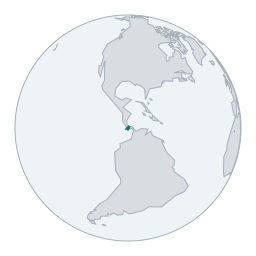 the Earth from above Veraguas, rotated 29°
{"feature_id": "PAN-1341", "entity_name": "Veraguas", "entity_type": "Province", "adm_level": 1, "iso_a3": "PAN", "parent_name": "Panama", "parent_adm1": "", "projection": "orthographic", "projection_center": [-81.249, 8.046], "detail": "fine", "context": "on_globe", "style": "filled", "palette": "teal", "viewbox_px": 256, "rotation_deg": 29, "n_neighbors": 0, "source": "natural_earth", "source_scale": "10m", "svg_char_len": 8241}
<svg xmlns="http://www.w3.org/2000/svg" viewBox="0 0 256 256"><g transform="rotate(29 128 128)"><circle cx="128" cy="128" r="113" fill="#eef3f6" stroke="#a8b0b8"/><path d="M134.0,127.4L131.3,126.3L128.7,129.6L119.5,124.2L116.1,117.6L87.5,106.8L84.5,103.5L84.5,98.0L75.1,80.4L79.1,96.9L75.4,93.6L72.5,87.7L74.2,86.3L72.4,77.9L69.2,74.7L69.3,64.6L76.4,52.5L77.4,54.4L78.9,51.6L77.8,49.2L76.7,48.4L80.6,38.3L78.0,33.7L73.6,34.9L77.4,32.9L66.6,37.5L62.9,38.3L69.3,35.8L71.6,34.5L70.2,34.1L72.3,32.6L72.8,31.7L75.5,30.2L79.0,29.2L80.8,28.3L79.7,28.1L81.7,26.7L83.0,27.1L86.6,24.8L93.2,23.6L94.7,27.2L100.5,26.5L107.9,30.4L109.4,29.2L113.2,30.5L116.4,29.7L116.8,31.0L119.0,29.3L117.9,28.3L118.5,27.3L120.3,26.9L121.2,28.3L120.4,28.8L121.6,29.0L121.3,30.0L122.5,29.2L123.4,31.3L125.1,28.7L128.0,29.8L127.9,31.4L124.5,31.9L115.7,38.0L114.5,40.4L116.3,42.8L126.8,45.5L127.0,48.0L129.6,50.9L131.2,49.0L129.6,46.1L133.1,43.6L130.8,40.8L131.9,39.5L130.9,36.5L134.7,36.4L139.0,37.9L140.0,40.4L142.0,41.3L144.0,38.6L148.8,43.4L157.0,47.1L157.8,48.7L154.1,51.7L146.5,52.0L141.6,57.3L148.5,53.4L150.5,57.9L152.4,58.6L154.5,58.3L155.2,56.5L156.6,58.1L150.3,62.2L148.9,60.7L150.9,59.4L147.4,59.7L143.1,63.1L144.5,65.5L136.7,69.2L137.5,71.0L136.3,73.0L135.5,69.8L136.8,75.9L127.9,83.3L129.5,94.8L123.8,86.0L119.3,85.1L113.9,85.5L114.0,87.3L106.7,86.1L100.2,90.2L98.2,99.4L101.0,106.4L109.2,106.6L111.5,102.6L117.4,101.6L113.5,112.5L123.9,113.8L123.1,122.0L126.1,126.1L131.2,124.9L136.6,126.8L140.2,121.9L146.1,119.2L146.5,125.8L149.6,119.6L153.0,122.7L164.7,121.9L163.9,123.4L173.7,130.7L184.1,133.5L186.4,138.1L185.3,141.1L188.7,141.7L188.8,143.7L202.2,145.4L208.7,149.5L208.2,156.2L202.2,164.5L195.6,180.8L184.5,186.8L180.9,193.2L170.8,202.6L164.3,202.3L165.3,206.4L160.9,209.2L156.4,209.5L155.0,212.5L151.6,212.7L153.3,214.5L147.0,218.3L147.8,221.2L143.0,224.1L143.6,225.7L142.1,225.7L140.3,226.3L139.8,227.2L135.6,225.8L135.3,222.1L137.5,220.2L135.6,219.9L140.3,214.7L137.9,215.8L140.0,207.8L144.2,200.9L148.4,180.3L146.3,176.1L138.0,171.4L128.0,155.6L130.9,148.9L128.6,145.8L136.1,136.2L134.0,127.4ZM25.3,95.8L26.1,93.3L26.2,95.0L25.3,95.8ZM26.3,91.7L26.1,92.6L26.2,91.9L26.3,91.7ZM26.1,91.2L26.2,91.6L26.0,91.4L26.1,91.2ZM25.8,90.8L26.0,90.9L25.9,91.0L25.8,90.8ZM129.1,98.7L141.0,104.0L134.5,104.9L135.7,103.8L132.6,101.6L127.0,99.6L121.2,101.0L129.1,98.7ZM25.7,89.4L25.7,89.0L26.0,88.8L25.7,89.4ZM134.0,92.2L132.0,91.8L134.0,91.7L134.0,92.2ZM75.8,48.4L77.6,49.4L77.8,52.2L76.1,51.5L75.8,48.4ZM75.6,43.7L77.1,43.5L75.1,46.1L74.9,45.4L75.6,43.7ZM69.9,36.4L71.0,36.6L69.2,36.9L69.9,36.4ZM72.4,31.9L71.5,32.4L72.2,31.7L72.4,31.9ZM128.8,36.9L129.8,36.7L129.5,37.3L128.8,36.9ZM127.4,35.9L126.3,36.7L125.5,36.4L126.2,35.9L127.4,35.9ZM76.8,28.9L78.2,27.9L77.4,28.7L76.8,28.9ZM129.0,35.0L124.2,35.7L122.8,35.1L124.3,32.8L129.0,35.0ZM79.5,27.2L82.8,25.2L80.9,25.9L88.0,23.0L82.9,25.5L82.2,26.3L81.2,26.4L79.5,27.2ZM116.8,28.2L118.0,29.2L115.4,28.9L116.8,28.2ZM115.0,28.2L106.1,29.1L105.3,27.6L108.4,27.5L106.0,26.1L109.9,24.9L112.2,25.4L111.9,26.6L113.6,25.3L115.0,28.2ZM91.4,21.9L92.8,21.4L92.0,21.8L91.4,21.9ZM118.5,26.9L116.8,27.1L116.0,25.8L119.2,25.2L118.5,25.8L118.5,26.9ZM103.4,26.5L103.4,25.5L106.5,24.2L106.9,23.7L110.0,24.8L103.4,26.5ZM119.6,25.8L120.9,24.9L123.0,25.2L120.2,26.7L119.6,25.8ZM114.4,25.7L114.1,25.1L115.3,25.2L114.4,25.7ZM130.9,26.1L128.9,26.1L128.2,25.4L130.9,26.1ZM121.3,24.6L120.6,24.5L120.1,24.3L121.4,23.7L121.3,24.6ZM112.0,23.9L113.3,23.7L110.9,23.4L113.2,22.6L114.8,23.5L115.1,22.8L115.8,22.6L116.3,23.6L112.0,23.9ZM121.3,22.6L124.1,23.8L128.1,23.8L128.7,24.4L122.3,24.4L121.3,22.6ZM118.3,23.1L120.3,22.9L120.1,23.6L118.7,24.2L118.3,23.1ZM114.2,21.8L110.3,22.8L110.1,22.6L114.2,21.8ZM122.5,22.4L121.8,22.2L122.8,22.4L122.5,22.4ZM116.8,21.8L115.4,22.1L115.2,21.8L116.8,21.8ZM121.5,21.5L122.4,21.8L121.4,22.2L121.5,21.5ZM119.4,21.5L119.4,21.1L120.5,22.1L118.8,21.7L119.4,21.5ZM116.8,21.5L116.2,21.5L117.4,21.4L116.8,21.5ZM124.7,20.1L126.3,21.3L124.2,22.0L122.9,20.7L124.7,20.1ZM142.4,228.7L135.8,226.3L139.6,227.4L142.9,226.0L146.2,227.8L142.4,228.7ZM151.9,224.9L155.3,223.9L155.9,224.3L153.7,225.1L151.9,224.9ZM208.7,49.4L206.4,47.3L208.7,49.6L211.2,52.0L214.0,55.2L213.6,54.8L208.5,50.0L209.9,53.0L216.7,63.8L216.4,65.6L213.9,64.9L206.2,55.5L207.7,52.5L205.0,49.6L200.4,46.6L201.2,46.2L199.5,44.7L199.6,43.7L195.5,39.5L195.0,38.4L189.2,34.4L188.1,33.4L191.8,36.0L194.1,37.4L192.3,35.5L191.7,35.1L200.5,41.8L208.7,49.4ZM181.5,28.9L181.8,29.0L177.5,26.9L173.4,24.9L172.2,24.4L178.9,27.7L181.4,29.0L183.3,30.0L190.3,34.3L191.9,35.6L185.2,31.7L186.6,33.3L180.8,30.0L166.2,22.3L162.3,20.7L162.9,20.9L172.4,24.5L181.5,28.9ZM90.4,21.8L89.3,22.2L89.6,22.1L91.6,21.4L88.0,23.0L80.9,25.9L80.6,25.9L76.4,28.0L76.4,27.9L90.4,21.8ZM240.4,120.6L240.2,118.8L240.2,120.5L239.6,117.0L239.3,117.5L235.6,124.1L232.8,120.1L225.6,106.4L225.1,99.6L222.2,92.8L216.4,66.1L218.4,66.2L217.5,60.2L218.0,60.5L221.6,65.6L222.7,67.0L226.8,74.0L230.5,81.2L233.6,88.8L236.2,96.5L238.1,104.4L239.6,112.5L240.4,120.6ZM222.1,78.3L223.2,80.4L222.1,78.3ZM165.1,121.8L166.5,123.0L164.7,123.1L165.1,121.8ZM133.7,107.6L136.1,107.7L137.4,108.7L135.6,109.1L133.7,107.6ZM154.1,107.1L156.9,107.5L154.0,108.2L154.1,107.1ZM142.8,104.7L151.9,107.0L146.4,109.1L140.6,107.8L144.5,107.1L142.8,104.7ZM133.1,95.9L134.6,96.4L134.2,97.6L133.1,95.9ZM135.5,92.1L134.9,92.3L134.1,91.3L135.5,92.1ZM150.9,57.6L151.4,57.4L153.6,57.4L152.7,58.2L150.9,57.6ZM162.4,53.7L164.5,56.4L162.4,54.9L161.6,56.3L156.1,55.1L158.0,49.4L158.1,52.1L162.4,53.7ZM149.3,52.3L152.5,53.4L148.9,52.5L149.3,52.3ZM189.8,39.0L191.3,39.4L193.3,41.2L193.9,43.5L191.0,40.8L189.8,39.0ZM192.9,39.7L186.1,35.7L185.4,34.4L186.9,35.8L187.2,35.3L189.7,37.4L195.7,40.4L197.9,42.2L197.9,44.9L196.7,42.9L195.3,42.5L192.9,39.7ZM169.9,30.9L167.0,30.0L169.3,28.2L171.8,29.3L172.6,31.4L170.2,31.4L169.9,30.9ZM132.5,31.0L131.3,31.4L131.0,30.9L131.9,30.2L132.5,31.0ZM130.0,26.2L137.9,29.2L136.8,29.7L142.7,31.3L142.2,33.3L138.4,32.1L142.4,35.0L138.8,34.8L141.8,36.7L133.4,33.9L130.3,34.0L133.9,33.0L134.5,31.1L133.8,30.4L129.5,28.4L123.1,28.2L122.6,26.5L124.0,25.5L125.5,25.3L125.3,26.3L127.4,25.3L128.3,26.7L130.0,26.2ZM140.4,18.4L139.6,18.9L143.9,18.6L144.8,19.4L145.3,19.3L147.3,20.1L150.6,21.0L150.5,21.3L151.8,21.5L153.1,22.2L154.9,22.6L155.3,23.6L157.5,24.3L156.5,24.4L160.1,25.4L157.6,25.1L159.2,26.1L160.8,25.9L159.0,31.5L160.1,34.6L162.5,37.5L157.9,37.0L152.7,34.2L148.0,30.6L147.5,27.9L145.6,28.4L144.7,27.3L146.7,27.4L143.2,26.6L143.1,25.8L138.9,23.7L134.0,23.5L132.3,22.8L134.2,22.5L131.2,22.1L133.6,21.2L132.4,20.8L133.6,19.6L137.8,19.5L136.2,19.1L137.0,18.4L140.4,18.4ZM125.1,19.8L129.9,19.1L132.8,19.3L129.6,21.3L130.3,21.8L128.3,23.5L124.2,23.2L125.2,22.7L125.1,22.2L126.4,22.5L125.3,21.9L126.6,21.3L126.1,20.7L127.8,20.6L125.1,19.8ZM217.7,59.9L216.4,58.3L216.4,58.2L216.0,57.7L217.7,59.9ZM213.1,55.0L212.7,54.4L215.3,57.3L215.3,57.6L213.1,55.0ZM210.4,51.8L212.5,54.2L211.4,53.0L210.4,51.8ZM191.3,35.4L190.7,34.9L191.5,35.4L192.8,36.3L191.3,35.4ZM153.4,18.9L152.5,18.9L151.8,18.7L148.2,18.2L147.3,17.8L149.0,17.9L153.4,18.9ZM151.8,18.3L150.4,18.1L150.8,18.1L151.8,18.3ZM146.4,17.4L146.7,17.7L146.4,17.4ZM141.4,16.2L143.2,16.4L142.9,16.5L141.4,16.2ZM92.1,21.6L92.7,21.5L91.4,21.9L92.1,21.6Z" fill="#d9dde1" stroke="#a8b0b8" stroke-width="1"/><path d="M128.1,126.5L128.3,126.5L128.5,126.4L128.8,126.3L128.8,126.5L129.0,126.6L129.0,126.8L128.9,127.0L129.0,127.2L129.0,127.4L129.1,127.5L129.0,127.8L128.9,127.9L128.8,128.0L128.7,128.2L128.6,128.3L128.6,128.5L128.9,128.9L129.0,129.0L129.1,129.3L129.2,129.5L129.3,129.5L129.0,129.6L128.9,129.6L128.7,129.6L128.7,129.4L128.6,129.2L128.6,128.9L128.4,128.8L128.4,128.7L128.5,128.7L128.4,128.7L128.4,128.4L128.2,128.4L128.2,128.5L128.1,128.8L127.9,128.8L127.7,128.7L127.4,128.6L127.3,128.4L127.3,128.2L127.2,128.2L127.3,128.0L127.3,127.8L127.4,127.7L127.5,127.6L127.5,127.4L127.5,127.2L127.5,126.9L127.6,127.0L127.8,127.0L128.0,127.1L128.1,126.9L128.1,126.7L128.1,126.5ZM127.2,129.3L127.3,129.3L127.2,129.4L126.9,129.3L126.8,129.2L126.9,128.9L127.0,128.8L127.1,129.0L127.1,129.3L127.2,129.3ZM128.2,129.0L128.2,128.9L128.3,128.9L128.4,129.0L128.2,129.0L128.2,129.0ZM126.9,129.5L127.0,129.5L126.9,129.6L126.9,129.5Z" fill="#14b8a6" stroke="#0f766e" stroke-width="1.5"/></g></svg>